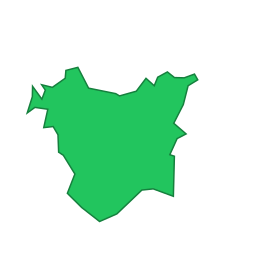 Estill, Kentucky, United States of America, rotated 332°
{"feature_id": "52423323B66349402640259", "entity_name": "Estill", "entity_type": "district", "adm_level": 2, "iso_a3": "USA", "parent_name": "United States of America", "parent_adm1": "Kentucky", "projection": "orthographic", "projection_center": [-83.956, 37.698], "detail": "fine", "context": "isolated", "style": "filled", "palette": "green", "viewbox_px": 256, "rotation_deg": 332, "n_neighbors": 0, "source": "geoboundaries", "source_scale": "gbopen_adm2", "svg_char_len": 668}
<svg xmlns="http://www.w3.org/2000/svg" viewBox="0 0 256 256"><g transform="rotate(332 128 128)"><path d="M63.3,46.4L58.2,55.5L46.1,67.4L55.5,66.1L66.0,73.8L53.8,88.1L62.6,91.6L63.0,101.1L55.4,116.8L58.1,121.7L59.5,143.7L43.8,157.2L49.8,176.5L59.0,197.2L77.9,198.6L111.1,189.3L121.7,193.6L136.0,209.6L155.7,174.7L152.4,171.2L166.4,160.4L176.5,160.5L170.6,145.3L187.8,133.3L200.9,118.9L212.2,118.2L212.0,111.6L201.2,110.1L192.7,105.3L189.1,97.0L178.1,97.1L171.0,103.0L167.2,92.6L152.6,99.4L135.6,95.7L133.3,91.9L111.9,74.3L112.2,50.9L100.2,48.0L95.9,54.6L80.3,56.6L72.1,49.3L72.8,55.7L65.5,62.1L63.3,46.4Z" fill="#22c55e" stroke="#15803d" stroke-width="1.5"/></g></svg>